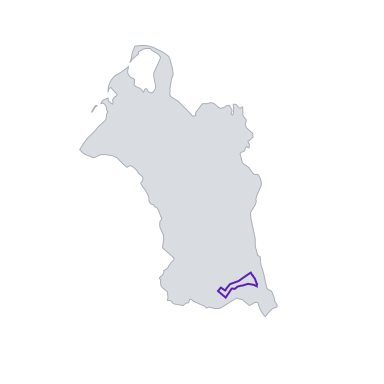 Halac, Chardzhou, Turkmenistan (highlighted), rotated 42°
{"feature_id": "10190150B91732086642718", "entity_name": "Halac", "entity_type": "district", "adm_level": 2, "iso_a3": "TKM", "parent_name": "Turkmenistan", "parent_adm1": "Chardzhou", "projection": "mercator", "projection_center": [64.556, 37.553], "detail": "fine", "context": "in_parent", "style": "outline", "palette": "violet", "viewbox_px": 384, "rotation_deg": 42, "n_neighbors": 0, "source": "geoboundaries", "source_scale": "gbopen_adm2", "svg_char_len": 4579}
<svg xmlns="http://www.w3.org/2000/svg" viewBox="0 0 384 384"><g transform="rotate(42 192 192)"><path d="M121.0,133.8L136.8,134.7L141.6,135.3L143.6,133.0L143.5,132.5L142.8,132.0L141.6,130.4L140.6,119.6L141.9,118.1L143.5,117.0L145.8,113.6L147.0,112.5L148.8,111.6L154.9,111.4L157.4,110.7L159.6,106.9L160.0,104.6L161.6,102.8L162.6,102.8L166.7,104.3L167.6,105.1L168.9,108.0L170.5,107.8L170.7,107.3L170.5,106.7L169.4,104.9L166.8,101.7L164.3,99.7L164.1,99.0L166.2,97.4L170.5,98.1L171.6,97.5L172.7,94.9L178.4,100.8L179.5,101.4L184.0,102.1L184.8,102.9L186.4,106.3L187.9,107.2L189.8,107.8L197.9,107.9L200.4,110.2L200.8,110.7L200.3,112.3L200.2,115.3L199.5,116.5L199.9,117.0L202.8,118.3L204.5,120.2L204.7,121.1L204.2,121.6L202.8,121.3L202.2,122.2L202.2,123.8L203.1,125.2L203.4,126.6L202.0,129.7L202.0,131.0L202.5,131.7L209.7,136.4L210.9,136.6L217.9,135.7L219.2,136.2L225.3,137.3L227.0,137.1L228.2,135.6L229.3,135.0L230.3,135.0L233.2,136.0L236.3,138.0L238.4,139.8L239.4,141.5L242.2,150.5L244.0,154.3L246.2,156.2L247.7,159.7L249.0,167.4L249.9,168.9L253.2,172.0L270.1,184.3L275.2,189.9L283.1,195.1L286.0,194.5L292.2,200.2L296.1,202.3L301.2,205.7L311.8,213.3L314.1,213.6L316.7,212.5L318.9,213.1L322.9,215.1L327.2,218.0L330.9,219.0L331.9,220.3L332.0,221.0L329.9,224.6L329.6,229.3L329.8,235.6L328.8,235.7L321.6,233.9L314.8,230.1L313.2,231.3L312.4,232.6L310.7,238.0L301.5,238.3L296.1,241.0L291.1,258.4L290.0,260.5L287.0,263.3L281.7,266.1L280.9,267.2L280.7,268.3L280.1,268.6L277.2,268.6L266.1,272.3L263.6,272.3L262.7,272.6L262.2,273.3L263.5,276.7L262.5,277.7L261.8,279.4L261.2,282.4L253.9,287.0L252.4,287.5L249.5,287.1L247.9,287.6L246.4,289.1L245.7,288.6L245.3,287.1L244.5,286.2L240.0,282.4L234.7,283.0L232.8,282.7L231.2,282.1L228.8,280.0L227.3,277.9L225.7,278.2L225.2,277.2L225.2,276.1L225.6,274.7L225.5,272.1L224.6,270.2L223.5,269.4L224.7,266.4L224.7,264.2L224.0,261.8L223.7,258.2L223.9,254.8L222.9,253.1L207.4,253.2L201.9,245.2L199.7,243.2L192.0,239.8L189.9,238.0L188.2,235.9L187.7,233.2L186.9,231.5L185.6,231.3L179.6,228.1L177.2,227.2L174.0,228.0L172.0,227.1L169.7,228.3L168.7,228.4L166.3,227.6L163.2,224.7L160.7,223.5L155.3,221.6L151.6,221.1L148.3,219.9L147.9,219.5L147.8,217.0L147.4,216.0L146.4,214.8L145.1,213.8L139.4,213.9L136.8,213.0L134.7,212.8L130.2,213.0L128.7,213.7L127.9,214.5L127.3,216.9L126.9,217.2L122.5,217.3L113.1,216.8L109.2,218.0L103.2,221.7L99.7,224.8L98.7,226.2L96.6,231.7L95.7,232.5L94.5,233.2L93.3,233.3L87.8,235.4L85.7,236.0L80.2,235.7L78.8,227.6L78.4,221.1L79.0,212.1L78.7,206.3L79.6,197.4L79.3,195.3L76.4,191.3L76.0,188.6L74.3,188.5L71.5,186.2L68.7,185.3L67.3,185.2L66.1,185.9L65.2,187.2L64.5,185.1L64.5,182.9L66.7,178.4L68.1,179.7L69.8,180.2L74.0,180.0L73.6,178.4L71.4,176.8L71.0,174.8L71.1,172.7L71.7,170.6L71.1,169.8L70.1,169.3L67.8,169.4L61.8,168.6L61.1,171.0L62.8,174.1L60.0,170.6L58.2,166.9L57.0,162.6L56.8,158.0L59.1,150.5L60.9,141.3L63.2,145.1L64.9,146.8L68.7,147.9L70.4,147.7L72.4,146.7L74.2,147.0L77.2,151.0L79.3,151.4L83.6,149.9L85.7,149.6L87.5,150.3L89.3,150.3L88.5,148.4L88.2,146.6L89.3,145.6L92.7,146.7L95.4,145.6L95.9,145.1L96.2,143.5L95.8,140.4L95.2,139.0L93.6,137.2L87.5,132.7L85.4,130.9L83.7,128.6L80.9,119.3L78.8,113.4L78.0,112.7L74.4,112.2L67.7,113.6L65.3,113.3L64.2,113.9L61.5,116.4L60.2,118.6L58.4,123.5L59.8,125.0L58.7,133.3L59.3,136.7L59.1,137.0L57.1,132.6L54.3,128.3L52.0,121.7L56.1,117.3L59.5,114.2L63.2,111.9L67.0,110.3L75.6,107.9L80.4,107.0L84.3,106.9L87.2,108.3L95.3,113.7L98.8,116.7L99.8,118.0L100.7,120.9L106.6,130.2L108.0,131.5L110.3,134.5L112.5,135.3L121.0,133.8ZM64.2,199.0L64.0,200.2L63.0,196.6L62.4,192.6L63.1,191.5L63.9,191.6L63.2,193.0L64.2,199.0Z" fill="#d9dde1" stroke="#a8b0b8" stroke-width="1"/><path d="M288.1,218.6L287.1,222.9L286.6,225.2L286.2,227.0L284.1,230.9L282.7,233.5L281.9,234.9L282.0,237.9L282.1,240.6L282.6,242.0L282.6,243.0L282.2,243.1L279.8,243.4L277.4,243.7L277.6,248.2L278.6,248.2L281.1,248.1L281.4,248.1L287.7,247.9L287.6,247.1L287.2,245.3L287.1,244.1L286.9,242.4L286.5,240.1L286.3,238.6L286.1,237.3L287.0,236.4L287.4,236.2L288.6,235.4L288.8,234.2L289.0,232.7L289.3,231.6L289.9,230.6L290.5,229.8L290.9,229.2L291.1,228.8L291.7,228.3L292.4,227.3L293.0,226.3L293.5,225.3L293.9,224.8L294.7,223.4L295.0,222.8L295.9,222.3L296.2,222.1L296.8,221.7L297.4,221.3L299.0,220.3L300.2,219.6L300.3,219.5L301.6,219.2L302.7,218.9L303.0,218.8L302.7,218.6L302.6,217.9L301.9,216.8L301.3,216.9L300.2,216.1L298.8,215.5L298.4,215.2L296.4,214.2L294.9,214.0L294.4,213.9L293.4,213.4L292.5,213.5L292.4,213.5L291.9,213.3L290.9,213.0L289.6,212.6L289.2,214.1L288.6,216.6L288.1,218.6Z" fill="none" stroke="#5b21b6" stroke-width="2"/></g></svg>